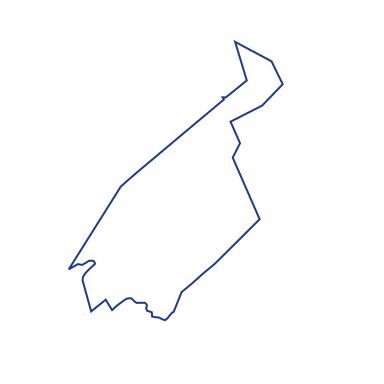 the district of Lajes, Rio Grande do Norte, Brazil, rotated 28°
{"feature_id": "56859067B6017308644468", "entity_name": "Lajes", "entity_type": "district", "adm_level": 2, "iso_a3": "BRA", "parent_name": "Brazil", "parent_adm1": "Rio Grande do Norte", "projection": "albers", "projection_center": [-36.184, -5.667], "detail": "fine", "context": "isolated", "style": "outline", "palette": "blue", "viewbox_px": 384, "rotation_deg": 28, "n_neighbors": 0, "source": "geoboundaries", "source_scale": "gbopen_adm2", "svg_char_len": 996}
<svg xmlns="http://www.w3.org/2000/svg" viewBox="0 0 384 384"><g transform="rotate(28 192 192)"><path d="M126.6,220.5L119.5,318.2L125.2,309.1L127.5,308.6L129.5,307.6L131.8,303.9L133.3,301.1L136.2,299.5L138.1,299.2L140.1,300.9L138.2,306.3L136.9,310.3L136.2,313.1L135.7,315.6L135.7,318.4L136.7,321.2L159.0,344.8L166.4,327.6L176.9,333.8L178.2,329.9L179.3,327.0L180.5,324.5L182.5,320.3L184.1,317.4L185.9,315.6L188.5,314.3L192.4,315.6L195.1,315.9L202.4,311.9L204.7,312.5L205.8,314.1L206.1,316.2L208.1,317.9L213.0,317.1L215.3,320.7L219.0,319.5L221.5,318.4L226.4,318.2L228.4,317.8L229.6,315.1L230.2,311.7L231.1,307.9L232.1,306.3L229.8,285.3L235.1,272.4L240.4,257.9L245.4,245.9L247.1,240.6L251.9,225.2L264.5,184.3L231.7,158.3L215.3,145.3L211.8,142.5L211.5,126.4L193.0,111.8L213.4,82.7L221.5,54.2L215.2,49.7L200.9,39.3L159.6,39.2L188.0,67.8L177.4,92.7L174.6,94.0L176.7,95.5L174.3,101.4L163.9,127.0L155.3,148.3L134.2,200.5L130.3,210.6L126.6,220.5Z" fill="none" stroke="#1e3a8a" stroke-width="2"/></g></svg>